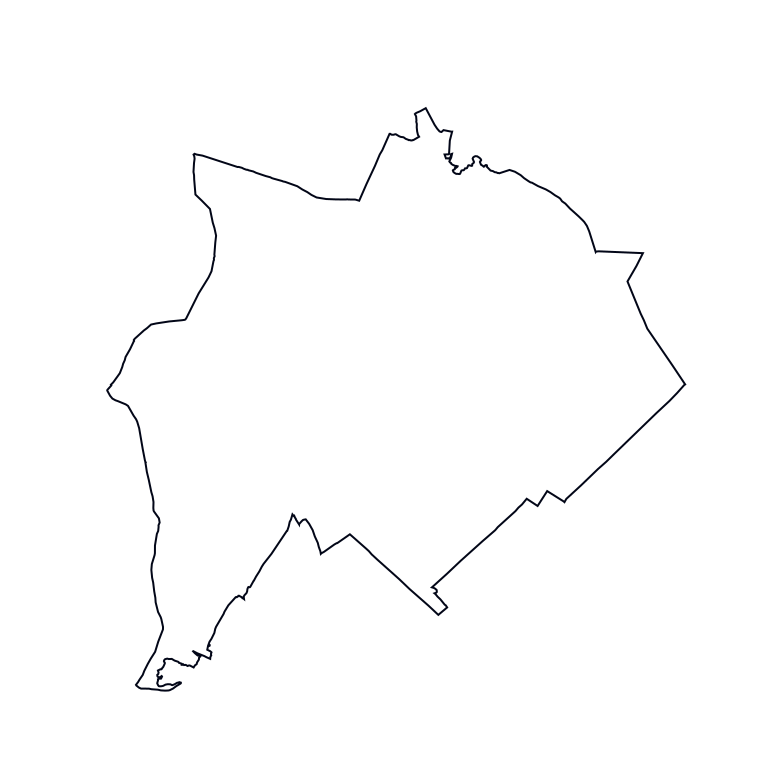 Fibis, Timis, Romania, rotated 80°
{"feature_id": "2599482B17548071630420", "entity_name": "Fibis", "entity_type": "district", "adm_level": 2, "iso_a3": "ROU", "parent_name": "Romania", "parent_adm1": "Timis", "projection": "mercator", "projection_center": [21.414, 45.966], "detail": "fine", "context": "isolated", "style": "outline", "palette": "ink", "viewbox_px": 768, "rotation_deg": 80, "n_neighbors": 0, "source": "geoboundaries", "source_scale": "gbopen_adm2", "svg_char_len": 6161}
<svg xmlns="http://www.w3.org/2000/svg" viewBox="0 0 768 768"><g transform="rotate(80 384 384)"><path d="M637.2,680.5L638.0,680.2L640.6,677.9L641.8,676.1L643.2,668.4L644.2,666.0L645.8,659.7L647.0,656.9L648.0,652.6L648.4,649.3L648.3,648.1L647.3,644.7L645.4,640.9L643.7,636.4L643.2,635.9L642.8,635.9L642.1,637.3L642.4,638.9L642.3,639.6L643.4,642.5L643.8,644.6L643.6,645.3L642.7,646.4L642.1,649.0L642.1,651.4L642.9,653.8L643.0,655.4L642.8,657.3L642.4,658.3L641.1,658.9L639.3,659.3L636.6,658.0L635.5,657.9L635.4,657.1L634.9,656.5L635.1,656.1L634.9,655.4L635.4,655.1L635.4,654.7L633.6,653.4L633.0,653.7L633.7,655.1L633.8,656.5L633.1,657.6L632.3,657.9L631.1,657.8L630.4,656.7L629.0,656.1L626.9,656.4L626.2,654.1L626.3,653.0L625.8,652.6L625.8,652.0L624.8,651.3L624.4,650.6L621.2,648.4L620.2,648.3L619.4,648.8L618.8,648.9L617.9,648.5L617.0,647.4L616.8,645.2L617.5,643.7L617.9,640.7L620.0,638.3L621.8,635.0L622.5,634.4L623.0,634.3L624.3,631.8L624.5,631.6L624.9,632.1L625.4,632.1L625.6,630.8L625.3,630.3L626.1,629.7L626.2,628.0L627.6,626.4L627.3,624.9L627.5,624.1L630.1,620.7L628.3,619.1L627.4,617.2L625.7,616.4L623.3,614.2L621.3,613.6L620.4,612.2L619.8,612.5L619.4,613.1L619.0,614.7L616.1,617.1L614.1,618.4L614.0,618.2L616.7,614.7L620.8,608.1L622.3,606.2L624.5,602.9L622.7,602.4L621.9,601.9L621.4,601.3L619.8,601.3L618.3,600.5L617.1,601.4L615.0,604.2L611.5,602.8L611.7,601.9L611.4,601.1L610.7,601.0L610.0,602.0L607.4,600.5L605.0,598.2L599.7,594.3L595.8,592.7L593.9,591.5L582.6,581.9L580.5,580.6L574.9,575.7L568.2,567.1L568.1,566.5L568.4,566.0L567.6,564.2L567.3,564.1L567.3,563.6L569.3,561.1L570.4,560.6L570.8,559.8L571.5,559.2L569.0,559.1L567.7,558.0L566.1,555.8L564.5,554.8L562.2,554.1L560.6,553.1L560.4,552.6L560.8,551.8L560.8,551.3L560.4,550.8L555.1,546.5L555.1,546.3L551.5,543.5L546.9,539.3L542.6,536.0L540.2,533.8L531.8,524.4L511.8,505.2L511.8,504.8L507.8,502.6L503.4,500.8L501.4,499.2L496.5,496.8L498.3,495.8L498.1,495.3L500.4,494.8L501.2,494.3L502.1,494.3L507.6,492.0L507.2,491.9L504.9,489.0L503.9,487.5L503.7,486.4L503.7,484.6L508.7,482.0L515.6,479.6L522.1,478.6L528.9,476.8L533.2,476.5L537.7,475.7L540.3,475.7L539.8,475.0L538.9,472.3L533.4,460.7L532.5,458.2L532.6,457.7L526.1,443.7L543.0,430.2L546.0,427.9L549.7,425.7L556.0,420.9L578.7,403.0L590.4,394.4L610.0,378.7L620.8,370.6L615.0,360.6L612.7,361.6L611.9,362.5L605.8,365.9L602.7,368.2L599.8,369.8L598.9,370.6L598.6,368.9L598.0,368.1L596.1,367.9L594.6,369.0L593.5,370.3L592.6,372.1L581.8,354.9L571.5,339.3L555.8,314.1L547.3,299.9L544.7,296.8L532.0,276.6L529.1,273.1L526.6,269.0L521.8,263.4L530.8,253.9L517.8,241.9L530.8,227.5L531.7,226.8L528.8,224.4L517.8,207.2L504.8,187.9L499.2,178.7L492.9,169.5L460.1,121.0L450.3,105.9L443.7,96.8L437.2,88.6L436.7,87.5L416.0,96.6L375.2,115.1L366.4,117.0L359.3,119.0L325.3,126.4L311.5,114.8L300.1,106.3L290.6,149.6L290.4,152.2L290.8,152.6L269.4,155.4L263.6,156.7L259.1,158.7L257.3,159.9L252.7,163.2L243.5,170.4L237.8,174.1L235.0,176.9L232.0,178.3L230.6,179.6L227.9,182.8L223.9,186.7L220.5,190.8L215.8,198.0L211.4,203.4L210.9,204.7L209.5,206.3L205.6,210.3L202.1,213.1L197.7,218.2L195.0,223.2L196.5,233.9L196.1,234.6L196.0,235.4L195.1,236.6L194.6,238.2L193.3,239.7L192.3,242.0L187.9,245.0L187.2,244.7L186.6,244.7L186.3,244.9L186.1,246.0L186.6,246.9L187.2,247.4L187.3,248.1L186.2,248.9L184.9,250.4L182.0,251.0L181.4,250.6L180.8,249.6L180.3,249.4L179.2,249.7L177.8,250.7L176.0,252.6L175.5,254.4L175.7,255.5L176.4,256.9L177.5,257.6L181.0,256.8L181.8,257.3L182.7,258.9L184.3,259.3L184.4,259.9L183.3,262.4L183.4,263.1L185.7,264.7L185.9,265.3L185.7,266.7L187.0,267.9L187.3,268.5L187.1,269.9L187.3,270.7L190.1,272.5L190.3,272.9L190.3,273.5L189.7,275.5L189.6,276.4L188.3,278.0L187.1,278.9L185.6,279.1L185.2,278.6L184.8,277.0L183.5,276.6L183.3,276.3L183.6,275.3L182.8,274.0L182.4,273.7L181.8,274.8L181.6,276.0L180.0,278.4L178.7,279.6L177.9,279.7L177.2,280.6L176.1,281.0L172.8,278.6L169.1,277.0L169.2,277.9L171.7,278.9L172.8,279.7L173.2,281.2L173.1,281.7L172.8,281.8L172.6,283.8L168.5,284.5L169.0,280.7L168.8,280.0L155.7,276.9L147.3,273.1L147.2,273.8L144.3,281.3L145.8,283.6L145.4,284.7L144.8,285.5L141.8,287.3L137.5,289.2L119.6,295.0L121.7,301.1L122.5,304.6L123.0,306.0L123.5,306.7L126.0,305.9L130.2,306.3L131.3,306.7L133.6,306.5L137.0,307.2L141.1,307.5L144.6,307.3L146.6,306.5L148.8,312.5L148.9,313.3L148.8,313.5L149.0,314.3L148.7,315.5L148.2,316.3L148.2,317.1L148.0,317.5L147.7,317.7L146.3,320.1L144.8,321.5L144.3,322.2L143.6,324.5L142.7,326.0L140.1,329.0L140.0,329.7L140.2,331.3L140.0,332.5L139.7,333.5L138.8,334.2L138.6,335.1L153.5,345.1L157.2,348.3L167.6,355.0L184.0,366.5L199.2,376.6L197.4,380.2L196.1,387.0L195.7,388.3L195.7,389.3L193.9,399.1L191.8,408.8L188.6,418.0L185.2,422.6L181.7,426.2L178.3,430.6L174.2,435.0L167.8,446.2L167.0,448.2L166.4,449.1L162.5,457.3L161.7,458.8L160.7,460.0L158.7,464.3L153.8,473.3L152.0,475.8L149.9,480.5L149.4,481.0L149.1,482.3L147.7,484.7L146.4,486.4L145.0,489.4L144.9,490.5L127.6,523.0L125.5,528.7L124.4,530.6L125.0,531.7L126.9,531.3L129.2,531.4L133.3,532.7L142.1,534.8L145.4,534.8L149.5,535.4L164.7,536.8L171.8,531.6L181.4,525.0L195.4,524.6L201.0,523.9L208.8,523.6L215.5,525.6L227.2,528.6L228.7,528.6L230.5,529.7L232.3,529.9L233.4,530.6L243.0,534.3L248.6,538.3L262.6,550.8L284.8,567.2L286.0,568.4L286.2,569.2L286.1,572.0L285.1,584.7L284.8,597.8L285.0,603.1L287.9,607.8L289.6,611.2L296.2,621.7L297.3,622.8L298.2,622.6L298.8,623.2L305.7,628.1L312.5,633.8L315.6,635.2L318.8,637.4L321.8,638.8L327.5,642.3L335.4,650.4L337.3,653.1L338.1,652.8L341.7,657.4L342.4,657.7L348.0,655.8L351.2,654.0L353.4,651.3L354.7,649.0L359.2,641.9L361.1,639.9L371.7,636.1L375.6,634.3L378.2,633.6L385.1,632.8L406.3,632.9L418.2,632.7L419.8,632.3L419.9,632.6L429.4,632.8L437.5,632.3L450.1,631.9L454.4,631.4L460.2,631.5L466.1,632.7L468.7,632.9L469.5,632.7L477.2,629.0L481.5,629.0L484.0,630.6L485.6,630.8L489.5,631.9L492.2,633.7L503.3,637.6L510.9,639.0L512.8,639.7L521.0,643.9L526.7,645.4L534.6,646.0L539.5,645.8L548.3,646.3L554.8,646.3L559.4,646.8L569.3,646.1L574.8,644.4L576.9,644.1L584.8,643.8L587.3,644.3L598.6,651.1L608.0,655.9L614.0,661.4L618.6,665.2L624.9,669.9L628.6,672.1L632.8,676.2L634.7,677.8L637.2,680.5Z" fill="none" stroke="#020617" stroke-width="2"/></g></svg>